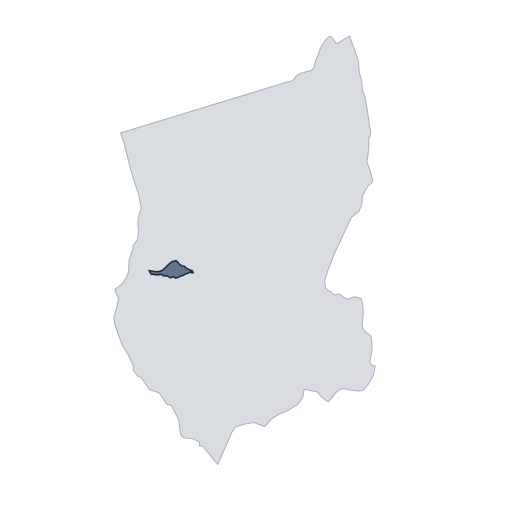 Uganda, with Pallisa highlighted, rotated 163°
{"feature_id": "UGA-3076", "entity_name": "Pallisa", "entity_type": "District", "adm_level": 1, "iso_a3": "UGA", "parent_name": "Uganda", "parent_adm1": "", "projection": "natural_earth1", "projection_center": [33.743, 1.214], "detail": "fine", "context": "in_parent", "style": "filled", "palette": "slate", "viewbox_px": 512, "rotation_deg": 163, "n_neighbors": 0, "source": "natural_earth", "source_scale": "10m", "svg_char_len": 2900}
<svg xmlns="http://www.w3.org/2000/svg" viewBox="0 0 512 512"><g transform="rotate(163 256 256)"><path d="M349.4,413.3L343.2,413.3L333.0,413.3L322.8,413.3L312.7,413.3L302.5,413.3L292.3,413.3L282.2,413.3L272.0,413.3L261.8,413.3L251.7,413.3L241.5,413.3L231.3,413.3L221.2,413.3L211.0,413.3L200.8,413.3L190.7,413.3L180.5,413.3L174.5,413.3L173.3,413.1L172.5,412.8L168.6,413.6L164.7,416.5L160.4,417.8L155.9,417.3L155.4,417.6L153.1,417.5L149.8,417.3L146.8,418.1L144.5,420.6L142.2,425.0L138.0,430.0L134.8,434.4L132.0,437.5L125.7,442.7L122.2,444.2L120.5,444.0L119.4,443.0L117.4,436.4L116.2,435.3L103.9,438.7L102.0,438.8L102.2,436.7L101.3,421.2L101.1,411.6L102.7,405.7L103.7,398.8L103.8,392.7L106.0,382.4L105.2,376.2L108.1,354.5L108.9,351.0L110.0,340.5L111.9,337.2L113.5,336.0L115.6,329.5L119.6,319.3L122.4,314.0L121.8,302.4L122.3,294.5L122.9,292.8L128.9,289.9L136.6,282.6L139.9,274.0L144.6,268.6L153.5,265.0L180.1,235.7L192.5,219.8L197.8,211.7L198.0,208.8L199.1,205.0L196.9,202.0L194.3,199.3L193.5,196.8L191.3,195.6L188.1,195.6L186.0,193.8L183.6,190.2L181.2,188.0L173.7,188.2L167.9,184.5L168.0,179.6L170.2,169.8L174.7,158.6L174.9,155.5L174.3,152.9L173.2,150.7L171.2,148.4L169.4,145.7L170.8,137.7L173.6,129.8L175.9,125.9L178.1,121.5L177.5,117.8L174.2,116.0L175.9,112.5L179.4,106.6L186.2,100.5L192.2,96.5L196.2,96.5L203.9,99.7L210.9,103.5L214.7,103.7L219.4,102.1L229.1,95.4L231.4,97.5L234.2,101.6L237.3,108.3L243.4,111.4L246.3,113.5L248.4,114.1L249.5,113.6L251.9,108.3L254.6,105.4L259.8,101.8L271.2,98.9L279.3,98.0L282.7,97.4L288.5,95.7L297.6,90.3L306.6,97.3L316.3,98.6L325.7,98.6L328.6,96.4L330.3,94.8L340.2,83.3L353.6,67.8L362.5,89.7L365.5,91.0L365.1,92.9L364.4,94.7L370.2,100.0L377.4,102.8L379.9,105.5L380.2,108.4L377.8,121.2L378.2,124.9L380.5,137.7L384.8,140.6L388.6,153.5L396.3,159.0L397.4,160.5L399.1,166.8L401.5,173.7L403.3,175.3L404.4,175.7L406.7,182.9L405.4,187.0L407.2,199.4L410.0,210.5L410.8,223.8L410.9,229.6L410.8,233.2L410.1,238.3L408.7,241.2L406.3,244.0L403.6,248.5L401.2,253.3L399.7,255.6L400.9,262.8L400.6,264.7L400.0,265.6L396.5,266.7L392.0,268.6L389.4,270.5L385.5,274.1L382.5,278.0L378.4,289.6L371.7,298.6L370.5,301.6L364.1,306.9L361.3,313.6L359.5,321.7L357.1,327.5L351.7,335.5L350.4,348.1L350.6,373.3L349.2,402.0L349.4,413.3Z" fill="#d9dde1" stroke="#a8b0b8" stroke-width="1"/><path d="M323.1,261.8L321.5,261.0L320.9,258.6L322.2,258.4L322.8,259.7L323.7,260.0L324.9,259.4L326.2,259.7L329.7,259.0L338.2,258.3L339.5,258.3L340.1,259.4L341.2,260.4L342.9,260.1L344.5,260.3L345.5,261.6L346.6,262.8L348.1,263.3L349.7,263.6L350.7,264.5L351.6,265.9L356.6,267.0L357.8,267.5L358.9,268.3L361.6,269.1L361.6,270.4L362.3,271.6L362.4,273.3L359.9,272.0L357.7,270.9L353.9,269.5L349.4,269.7L346.6,271.1L342.3,273.4L338.3,275.1L333.9,275.0L332.7,273.1L331.8,270.8L330.6,269.2L329.2,267.8L328.3,267.5L327.7,267.4L326.3,265.1L324.8,263.3L323.1,261.8Z" fill="#64748b" stroke="#1e293b" stroke-width="1.5"/></g></svg>